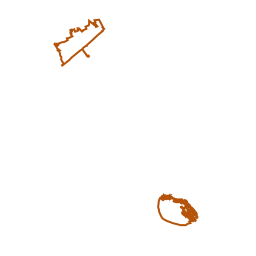 Progreso, Yucatán, Mexico (orthographic projection), rotated 151°
{"feature_id": "50627088B147152783463", "entity_name": "Progreso", "entity_type": "district", "adm_level": 2, "iso_a3": "MEX", "parent_name": "Mexico", "parent_adm1": "Yucatán", "projection": "orthographic", "projection_center": [-89.747, 21.878], "detail": "fine", "context": "isolated", "style": "outline", "palette": "amber", "viewbox_px": 256, "rotation_deg": 151, "n_neighbors": 0, "source": "geoboundaries", "source_scale": "gbopen_adm2", "svg_char_len": 5728}
<svg xmlns="http://www.w3.org/2000/svg" viewBox="0 0 256 256"><g transform="rotate(151 128 128)"><path d="M155.2,214.5L146.0,216.0L143.5,216.9L136.4,218.2L132.5,218.9L129.7,219.1L129.5,216.8L128.8,210.2L128.2,209.8L127.3,209.7L126.9,209.9L127.3,209.7L127.3,210.3L128.1,210.3L128.3,210.1L128.8,210.3L128.8,210.7L128.7,210.8L128.1,210.8L128.5,210.9L128.5,211.1L128.8,211.2L129.7,219.1L128.9,219.6L128.2,219.8L125.4,220.2L125.2,220.2L124.2,219.9L124.0,220.4L114.7,222.5L113.6,222.9L111.7,223.3L110.8,223.6L104.4,224.9L103.7,224.9L103.8,225.3L100.9,226.2L101.4,227.7L101.0,227.6L100.8,236.7L105.0,238.5L105.2,236.3L106.4,236.4L105.5,231.8L106.9,231.9L106.8,232.6L110.0,240.6L111.4,238.1L112.5,236.8L116.0,237.2L116.3,234.9L120.5,235.3L120.8,234.6L121.5,234.6L122.5,238.8L123.5,239.5L123.6,239.0L124.1,239.0L124.3,237.4L127.5,237.8L127.2,240.4L129.3,240.6L129.4,241.2L130.4,241.1L130.4,241.6L130.8,241.7L131.2,241.3L131.3,240.4L130.3,240.2L130.3,239.5L131.4,239.4L132.0,239.3L131.8,238.0L132.5,238.0L132.6,236.7L132.4,236.7L132.2,235.1L136.3,235.5L138.0,236.0L138.1,234.1L140.6,234.1L142.3,234.2L144.2,235.0L148.2,235.6L149.1,236.0L149.1,235.6L150.1,235.9L148.9,234.4L149.6,234.2L149.7,234.7L149.9,234.6L150.8,235.8L150.2,236.0L151.2,237.3L151.6,237.0L151.6,236.6L151.3,233.8L151.4,231.6L150.9,231.0L150.2,229.1L151.6,229.4L151.3,228.8L151.1,227.6L151.2,226.6L152.2,224.1L151.9,222.2L153.3,220.3L153.2,215.1L155.2,214.9L155.2,214.5ZM122.4,15.3L119.6,14.6L119.8,16.5L118.3,16.3L117.6,15.7L117.2,16.4L116.5,15.8L116.2,15.2L115.4,15.4L114.1,18.3L114.2,18.7L114.8,19.2L114.8,19.6L114.5,19.7L112.4,20.1L111.4,20.5L111.6,21.0L111.6,21.8L111.8,22.0L111.7,23.1L112.0,23.4L112.4,22.9L112.0,21.4L112.3,20.7L113.2,20.6L113.5,21.3L113.8,21.5L115.1,21.0L115.3,20.4L115.6,20.2L115.4,19.6L115.8,18.3L115.6,17.2L116.1,16.3L116.6,19.2L116.2,22.3L116.8,24.0L117.1,24.4L116.9,22.5L117.0,21.5L117.4,20.3L117.9,19.6L117.9,18.3L118.2,18.0L118.9,20.9L118.9,21.8L119.3,23.3L119.6,22.8L119.6,22.0L120.0,22.2L120.4,22.1L120.4,23.3L120.6,24.1L120.9,24.4L121.0,23.9L121.1,24.0L121.3,25.1L122.0,26.0L121.7,27.7L121.3,27.5L120.6,27.6L119.6,29.3L119.2,30.4L119.2,31.1L120.1,32.7L120.0,33.3L119.8,33.3L119.4,32.5L119.0,32.7L118.7,31.3L118.2,31.2L117.7,30.5L117.0,31.0L116.0,30.0L115.7,29.9L115.5,31.0L114.9,30.0L114.6,30.0L114.5,31.7L114.7,32.3L115.8,34.8L116.9,35.8L116.7,36.2L115.8,36.6L115.7,37.0L116.3,36.9L117.5,36.1L117.8,36.1L118.4,37.7L119.4,38.5L121.7,39.7L123.4,41.2L123.6,41.9L122.7,42.2L121.8,41.5L120.4,41.5L121.0,41.2L120.1,40.9L118.9,39.8L118.6,39.8L118.9,40.3L118.8,40.5L117.9,40.7L119.2,41.4L120.3,42.4L120.8,42.5L121.5,43.5L122.6,44.0L122.3,44.5L123.3,45.2L123.3,45.6L123.0,45.7L123.1,46.3L124.2,47.2L124.2,48.0L123.7,48.3L124.6,48.5L125.1,48.3L125.3,47.8L125.1,46.3L124.5,45.8L124.6,45.4L125.4,45.5L126.1,45.4L126.1,45.8L126.5,46.0L127.0,46.6L127.5,46.6L128.1,47.2L129.0,47.1L129.5,47.8L130.2,48.1L129.5,48.6L128.0,49.0L128.7,49.5L129.3,49.4L129.7,48.9L130.4,48.6L130.7,48.2L131.9,48.0L133.1,47.6L132.4,48.3L130.6,48.7L130.1,49.2L130.0,49.7L130.8,50.0L132.8,49.4L133.0,49.5L132.7,50.1L131.0,50.6L130.2,51.9L131.1,52.0L131.9,51.4L133.7,51.3L135.4,50.2L137.2,48.3L137.7,47.2L138.7,46.1L140.2,43.7L140.5,41.7L141.2,40.0L141.5,38.6L141.8,34.0L141.4,31.5L138.8,27.5L136.2,24.7L135.4,23.5L128.6,17.1L127.0,16.5L126.3,15.9L124.5,15.0L122.4,15.3ZM111.9,28.7L112.9,28.9L112.6,28.3L111.2,25.9L110.7,22.4L110.1,21.6L110.4,20.5L109.9,19.4L109.6,19.4L109.4,19.8L109.4,20.9L109.8,22.2L109.9,24.2L110.2,24.8L110.6,27.0L111.9,28.7ZM113.6,35.4L113.8,32.8L113.6,32.2L112.9,31.0L111.4,29.3L111.4,30.8L113.1,33.6L112.3,33.2L112.8,34.7L112.3,34.7L112.2,34.9L112.8,35.6L113.9,36.1L113.6,35.4ZM116.0,24.6L115.7,24.6L115.1,25.0L115.1,25.9L114.6,26.0L114.8,27.8L115.5,27.0L115.5,26.1L116.0,26.3L115.9,25.5L116.2,25.0L116.0,24.6ZM127.4,49.1L126.3,48.8L126.3,48.1L126.1,47.6L125.9,47.8L125.9,48.6L125.5,49.0L126.8,49.9L127.6,50.0L127.3,49.4L127.4,49.1ZM113.9,18.3L114.1,16.6L114.6,15.6L114.3,14.9L113.8,15.9L113.7,16.9L113.4,17.4L113.9,18.3ZM118.8,29.4L119.2,29.5L119.4,28.5L119.2,27.6L118.9,27.3L118.5,28.6L118.8,29.4ZM118.6,26.5L118.8,26.1L118.6,25.2L118.7,23.6L118.6,23.1L118.4,23.2L118.1,25.0L118.4,26.4L118.6,26.5ZM129.3,51.5L128.6,50.5L127.8,50.4L127.9,50.9L128.6,51.2L129.2,52.0L129.4,51.9L130.0,51.1L129.6,51.1L129.3,51.5ZM113.7,36.9L112.7,36.1L112.4,36.3L113.5,37.6L114.3,37.6L114.3,37.1L113.7,36.9ZM116.6,39.5L115.3,38.9L114.6,38.9L116.0,39.5L116.7,40.2L117.6,39.9L117.7,39.7L116.6,39.5ZM113.2,25.6L113.4,24.4L113.1,23.8L112.8,23.7L112.7,25.0L113.2,25.6ZM113.7,19.8L113.4,19.6L112.2,19.7L111.4,19.5L110.7,19.8L111.1,20.3L112.6,19.8L113.7,19.8ZM119.6,25.1L119.9,24.2L119.6,23.7L119.3,24.0L119.3,24.8L119.4,25.1L119.6,25.1ZM117.6,40.5L118.7,40.4L118.1,39.8L117.4,40.1L117.6,40.5ZM113.5,15.7L114.1,14.3L113.6,14.3L113.4,14.6L113.5,15.7ZM110.5,19.4L110.7,19.1L110.5,18.1L110.3,17.8L110.2,18.8L110.3,19.3L110.5,19.4ZM120.6,27.4L120.7,26.6L120.0,25.9L120.3,27.3L120.6,27.4ZM115.3,29.7L115.7,29.0L115.2,28.0L115.0,28.3L115.3,29.7ZM118.0,21.6L118.2,20.7L117.9,20.2L117.7,20.3L117.7,21.3L117.8,21.6L118.0,21.6ZM115.1,23.7L115.3,23.6L115.2,23.2L114.7,22.4L114.8,23.5L115.1,23.7ZM118.0,38.4L118.0,38.0L117.7,37.9L117.3,38.0L117.0,38.4L117.2,38.6L117.4,38.4L118.0,38.4ZM118.4,20.1L118.3,21.3L118.4,21.7L118.5,21.7L118.7,20.3L118.4,20.1ZM125.4,48.9L125.7,48.2L125.6,47.8L125.3,48.5L124.9,49.0L125.4,48.9ZM111.5,17.5L111.5,16.2L111.3,16.1L111.2,16.6L111.5,17.5ZM115.4,22.3L115.7,22.2L115.4,22.0L115.2,21.5L115.0,21.9L115.4,22.3ZM130.1,51.2L130.6,50.7L130.7,50.4L130.6,50.2L130.3,50.4L130.1,51.2ZM111.2,18.1L111.2,17.6L111.0,17.2L110.8,17.6L111.2,18.1ZM114.2,19.4L114.0,19.1L114.0,19.5L114.7,19.5L114.6,19.4L114.2,19.4Z" fill="none" stroke="#b45309" stroke-width="2"/></g></svg>